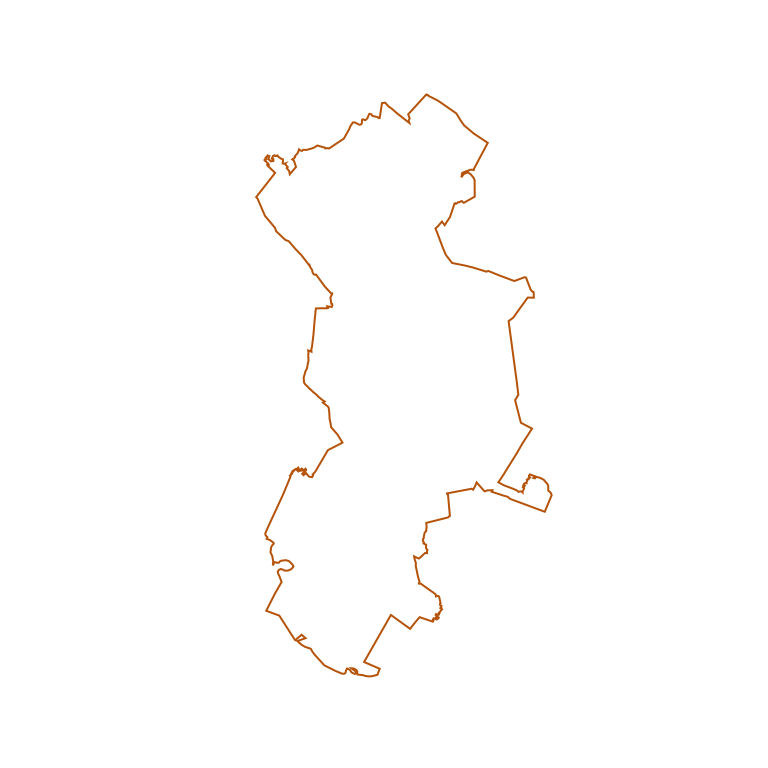 Berriozábal, Chiapas, Mexico, rotated 203°
{"feature_id": "50627088B17025191151258", "entity_name": "Berriozábal", "entity_type": "district", "adm_level": 2, "iso_a3": "MEX", "parent_name": "Mexico", "parent_adm1": "Chiapas", "projection": "albers", "projection_center": [-93.318, 16.872], "detail": "fine", "context": "isolated", "style": "outline", "palette": "amber", "viewbox_px": 768, "rotation_deg": 203, "n_neighbors": 0, "source": "geoboundaries", "source_scale": "gbopen_adm2", "svg_char_len": 6154}
<svg xmlns="http://www.w3.org/2000/svg" viewBox="0 0 768 768"><g transform="rotate(203 384 384)"><path d="M574.7,506.1L572.8,505.2L559.3,492.3L545.4,485.2L543.0,482.5L531.2,478.1L527.4,478.2L518.1,473.6L510.3,470.3L499.3,464.1L499.1,464.5L497.6,462.8L494.9,461.0L493.2,458.7L491.6,457.5L490.4,457.5L489.3,458.2L476.6,450.6L467.3,446.4L467.1,446.9L466.9,446.7L467.1,442.7L463.9,437.3L463.0,437.4L462.3,436.4L462.2,434.5L466.6,433.3L465.3,432.0L466.3,431.3L471.2,429.3L476.2,426.9L475.4,424.2L475.5,424.0L474.7,422.1L472.9,416.0L468.3,402.1L464.8,390.0L464.4,387.4L463.4,385.4L465.3,385.5L467.0,385.2L465.8,383.5L465.1,381.2L462.5,375.7L462.4,374.3L461.3,369.7L461.0,367.2L461.3,365.0L460.9,362.6L460.5,358.7L459.8,357.2L458.1,354.0L456.0,352.7L453.9,352.0L450.2,350.3L449.6,350.4L446.6,349.1L442.1,347.8L439.2,346.6L435.0,345.3L431.8,344.7L433.0,343.0L426.6,341.2L425.8,340.7L423.7,337.3L420.3,330.4L418.2,327.5L415.8,323.6L406.9,319.2L399.3,313.8L409.8,301.2L413.0,276.4L414.3,272.8L413.6,272.3L413.8,270.1L416.3,269.5L417.4,269.7L418.9,270.4L420.9,271.5L422.5,268.6L424.2,269.4L422.0,274.1L422.2,274.7L423.2,275.3L423.9,273.3L426.0,272.1L425.5,273.7L426.7,274.0L428.7,270.0L430.1,270.6L429.1,272.4L430.3,273.5L431.5,271.0L432.0,271.2L432.6,269.9L433.0,270.0L434.1,268.0L433.4,267.9L434.4,265.6L433.6,265.3L434.8,262.9L433.9,262.5L433.7,243.1L434.9,205.7L434.9,200.0L433.8,198.4L431.5,197.5L431.5,195.6L428.0,195.8L423.4,194.6L423.1,193.8L423.9,191.9L424.1,189.7L422.7,184.7L419.4,181.7L416.4,176.9L415.5,173.6L415.2,175.0L415.5,176.3L415.2,177.2L414.2,177.6L412.7,177.5L410.9,178.5L410.5,180.1L409.4,181.2L405.7,183.4L402.3,183.9L397.6,182.0L396.0,180.5L397.0,177.3L399.6,174.7L402.6,173.4L404.9,173.6L406.9,173.3L408.3,171.5L408.4,169.5L407.0,167.7L405.2,166.3L400.9,161.7L402.5,148.5L403.8,129.2L389.9,129.9L366.6,114.0L365.6,113.5L361.9,121.0L356.9,119.4L363.3,113.5L358.3,111.8L354.1,111.2L347.9,111.7L345.3,109.6L341.8,107.6L329.0,101.7L315.9,100.9L309.6,101.0L307.8,101.5L307.0,102.2L306.6,103.2L307.0,105.0L307.0,106.5L306.7,107.1L306.9,107.5L306.6,107.8L303.9,107.6L301.1,105.8L297.6,105.7L297.1,106.3L297.0,107.5L297.7,108.4L301.6,109.2L302.8,109.6L300.7,110.3L297.7,109.9L296.2,108.9L296.0,108.1L296.2,108.3L295.9,107.8L295.7,106.9L294.9,106.3L288.8,107.9L287.3,107.9L283.7,108.9L280.6,110.5L276.4,113.8L276.7,120.2L293.7,120.3L287.4,174.1L264.3,168.8L262.5,175.7L260.1,183.3L246.2,184.3L246.1,185.2L246.9,185.1L246.8,187.6L243.5,187.8L243.3,188.7L245.2,188.5L245.1,189.4L242.3,189.6L242.4,190.4L244.5,190.2L244.0,191.0L244.1,191.9L246.2,191.7L246.2,192.6L244.0,192.7L243.8,193.6L243.3,193.6L243.4,194.4L243.8,194.5L243.6,195.3L243.9,195.3L242.5,199.2L242.9,199.4L242.9,200.0L242.7,200.0L243.9,200.3L244.0,199.6L244.6,199.7L244.4,202.1L246.1,202.5L246.6,204.0L246.3,204.4L250.2,209.8L251.5,210.1L253.2,208.8L254.3,210.6L271.9,214.5L273.9,213.9L274.1,214.4L273.9,215.6L277.7,220.3L283.7,229.0L284.6,231.5L287.1,234.4L288.9,237.1L285.4,236.9L283.6,237.0L280.1,244.6L278.3,245.1L279.1,247.0L279.1,248.0L279.3,248.4L280.7,249.0L281.3,249.5L282.3,252.4L282.6,252.6L283.6,252.5L285.3,252.7L285.3,253.7L286.6,254.6L287.2,255.3L287.3,256.5L287.5,256.9L287.2,258.0L287.7,258.9L288.5,263.2L287.8,264.7L287.8,265.4L288.0,265.4L288.8,268.8L290.8,272.7L272.9,286.2L272.4,287.5L271.8,288.3L282.0,307.4L283.4,307.6L284.0,307.4L262.3,321.9L260.7,321.5L260.2,325.4L260.3,329.6L249.6,324.5L246.9,326.7L242.6,328.6L242.7,326.9L231.0,327.9L226.1,328.5L222.8,327.5L186.1,329.2L186.2,347.2L188.3,349.2L191.1,350.0L193.0,354.3L194.2,355.6L199.6,358.3L204.1,358.6L207.6,358.0L208.2,356.1L209.8,355.9L209.1,358.1L210.9,357.9L214.3,357.8L214.3,357.1L214.8,356.5L214.6,355.7L213.9,355.4L213.9,355.1L213.1,354.9L214.3,353.4L215.0,351.7L214.6,351.6L214.4,351.7L214.5,351.5L214.3,349.1L214.0,348.3L215.3,348.1L216.1,346.8L216.1,346.5L215.5,345.7L214.6,345.3L215.1,344.3L216.0,344.5L215.7,343.4L215.7,343.1L214.4,342.9L214.2,342.2L214.4,338.9L214.1,338.4L215.4,338.8L217.1,338.1L218.0,337.3L220.7,338.0L224.2,338.0L234.0,337.6L240.3,338.2L238.6,347.1L234.6,373.0L233.3,383.7L230.3,400.8L242.8,401.8L257.0,420.3L256.1,426.5L262.0,436.8L293.9,490.6L291.0,495.4L285.5,519.7L279.8,522.0L282.2,527.1L283.7,527.0L285.9,528.2L294.8,537.4L296.2,537.3L304.3,529.7L320.4,529.0L332.3,528.8L333.7,527.4L348.3,525.9L356.2,524.6L368.6,522.0L377.4,526.9L382.7,532.0L394.4,544.3L397.4,547.3L396.1,550.0L394.1,556.2L390.2,553.9L388.5,563.6L389.6,577.7L388.9,578.3L388.3,578.0L387.8,578.3L387.0,580.0L386.7,580.4L385.4,580.9L384.9,582.0L383.8,582.8L382.7,582.2L381.3,582.0L373.7,591.9L380.3,607.2L382.3,608.9L386.0,610.9L389.4,611.6L392.5,608.7L393.6,604.5L394.5,608.9L391.1,612.3L387.7,615.3L385.0,616.1L385.3,617.1L385.1,619.3L382.7,646.5L399.5,649.7L411.2,653.3L416.4,656.5L423.1,661.3L441.4,665.2L445.4,665.9L456.5,666.7L456.5,667.1L458.2,667.0L467.1,641.7L464.2,638.6L464.2,636.8L464.0,635.7L462.7,634.2L478.3,638.4L484.6,640.5L488.1,641.2L492.9,643.4L495.6,641.8L491.9,627.1L492.9,626.7L494.2,627.2L499.1,626.3L499.7,626.4L501.0,627.3L502.9,627.1L503.2,626.3L503.1,622.6L503.5,621.1L504.0,620.0L504.5,619.5L505.3,619.4L506.4,619.5L507.4,619.0L507.2,617.7L506.5,616.1L506.3,615.0L506.8,613.7L508.1,613.0L512.5,613.4L513.8,613.1L514.9,612.5L515.7,608.1L515.6,605.3L516.8,594.3L526.6,579.3L527.5,579.3L530.0,578.0L530.2,578.5L538.5,577.5L540.8,574.2L543.4,571.8L544.0,571.5L546.3,569.5L549.9,567.9L550.6,566.5L552.4,566.3L553.9,566.8L553.7,564.2L553.8,562.5L555.1,558.7L554.4,558.1L554.9,556.8L556.2,554.9L554.5,554.6L553.8,554.0L549.8,549.4L552.7,540.3L554.5,543.0L557.9,544.7L557.4,546.1L561.0,547.8L560.8,548.6L561.4,548.0L562.2,547.6L563.1,547.9L563.5,547.6L564.5,550.8L565.0,551.4L567.1,551.2L570.6,552.1L571.3,552.8L572.4,551.8L573.2,551.3L573.4,551.3L574.1,551.8L575.2,550.6L575.4,548.1L574.5,548.1L574.5,547.2L574.0,547.2L574.0,547.5L573.7,547.6L573.0,546.0L575.2,544.7L577.5,545.7L578.4,545.7L578.6,549.0L580.5,548.9L580.7,546.5L581.9,546.9L581.2,546.2L580.8,545.3L581.1,545.4L581.6,543.6L581.4,543.2L576.8,541.7L576.9,541.4L575.9,540.9L576.2,540.4L576.8,540.6L577.0,540.4L575.8,539.8L576.2,539.4L566.7,535.8L574.7,506.1Z" fill="none" stroke="#b45309" stroke-width="2"/></g></svg>